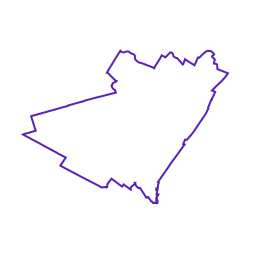 Jilava, Ilfov, Romania, rotated 174°
{"feature_id": "2599482B22366315272934", "entity_name": "Jilava", "entity_type": "district", "adm_level": 2, "iso_a3": "ROU", "parent_name": "Romania", "parent_adm1": "Ilfov", "projection": "robinson", "projection_center": [26.086, 44.34], "detail": "fine", "context": "isolated", "style": "outline", "palette": "violet", "viewbox_px": 256, "rotation_deg": 174, "n_neighbors": 0, "source": "geoboundaries", "source_scale": "gbopen_adm2", "svg_char_len": 4648}
<svg xmlns="http://www.w3.org/2000/svg" viewBox="0 0 256 256"><g transform="rotate(174 128 128)"><path d="M222.9,150.0L223.0,149.6L222.9,148.9L222.9,148.5L221.6,142.5L220.4,136.4L220.1,134.9L221.1,134.8L225.0,134.0L226.8,133.7L228.8,133.4L231.4,133.0L232.0,132.8L232.3,132.7L233.0,132.5L229.7,130.1L228.5,129.4L226.9,128.3L225.6,127.3L225.3,127.1L222.5,125.3L217.8,122.1L212.4,118.3L204.3,112.8L201.5,110.9L199.0,109.1L193.0,105.1L199.2,97.6L195.1,94.8L181.1,85.4L178.1,83.4L163.5,73.8L160.3,71.6L156.4,71.7L155.7,71.7L155.7,71.4L155.7,71.2L155.1,71.4L154.9,71.5L154.8,72.4L154.5,73.6L154.4,73.8L154.2,74.3L154.0,74.7L153.9,74.8L153.6,75.3L153.2,75.7L149.6,79.3L149.0,78.7L141.6,71.8L139.9,70.4L138.2,72.3L136.1,70.4L132.0,66.6L131.7,66.4L131.3,68.8L128.9,70.5L128.3,70.9L127.8,71.0L127.4,71.3L127.3,71.6L127.2,72.1L127.2,72.3L127.1,72.9L126.5,73.0L126.4,73.5L126.3,73.1L126.6,71.9L126.2,70.2L126.0,69.7L124.0,67.2L123.5,67.1L123.3,67.1L123.2,67.2L122.5,67.3L122.2,66.8L120.5,63.6L117.1,57.0L116.3,57.3L116.1,57.3L115.7,57.3L115.7,57.0L115.2,57.2L113.0,53.5L112.7,52.6L112.0,52.2L111.6,52.1L110.8,50.7L110.6,50.7L108.9,50.6L106.6,50.3L106.4,51.2L106.2,52.2L107.1,52.5L106.9,52.6L106.6,53.7L107.3,53.9L107.3,54.1L107.0,54.8L106.9,54.7L106.6,55.6L107.0,55.7L106.7,56.4L106.4,56.3L106.1,57.1L106.4,57.2L106.1,58.3L105.0,58.1L104.7,58.8L106.5,59.3L106.3,59.9L105.9,61.4L105.7,61.8L105.3,63.0L105.9,63.1L105.9,63.3L106.5,63.6L106.1,64.9L105.7,64.6L105.2,64.3L105.0,64.2L104.9,64.4L104.9,64.6L103.7,69.2L103.4,70.4L103.2,70.5L103.9,71.1L100.9,74.5L99.1,76.7L97.9,78.0L92.6,84.1L87.8,89.9L87.7,89.9L83.4,94.6L78.7,99.8L73.5,105.7L74.8,106.2L72.4,110.5L70.6,110.1L67.2,113.5L67.0,113.4L63.6,116.9L60.2,120.9L60.2,121.0L56.3,125.6L56.2,125.8L55.4,126.7L54.7,127.5L53.1,129.4L51.8,130.9L50.2,132.8L49.9,133.1L48.4,135.3L45.9,139.2L46.3,139.8L44.5,143.1L42.7,146.4L42.6,146.5L42.1,147.1L42.4,147.1L42.3,147.3L41.9,147.9L41.4,148.5L40.7,149.4L40.6,149.6L40.1,150.4L38.4,153.3L37.5,154.8L40.4,156.4L40.6,156.5L36.3,160.0L30.5,164.5L28.9,165.8L26.8,167.7L26.0,168.4L25.2,169.3L24.0,170.7L22.9,172.0L32.9,177.2L32.8,178.9L32.8,179.5L32.8,179.8L32.8,180.1L32.8,180.9L32.8,181.3L32.9,182.0L33.4,182.4L33.9,182.6L35.1,182.9L35.9,183.2L35.9,183.3L35.8,183.5L35.4,184.5L35.1,185.6L34.6,186.7L34.6,186.9L34.6,187.4L34.8,187.5L35.1,187.9L35.4,188.2L35.8,188.7L36.3,189.2L36.8,189.7L36.9,189.9L36.9,190.3L36.9,190.6L36.6,190.8L36.1,191.2L35.1,191.8L34.7,192.1L34.6,192.3L34.8,192.5L35.6,193.8L36.1,194.5L36.6,195.0L37.5,195.6L38.2,195.9L39.6,196.2L40.7,196.4L41.3,196.2L41.9,196.1L42.6,195.8L43.4,195.3L44.3,194.7L44.7,194.3L45.7,193.7L47.0,192.8L47.9,191.9L48.8,191.3L49.3,190.9L49.7,190.6L50.2,190.3L50.5,190.4L50.9,190.7L51.0,190.8L51.1,190.7L52.7,187.9L54.4,185.0L55.1,183.7L55.3,183.4L55.7,183.7L56.1,184.1L57.0,184.7L59.4,186.6L60.3,187.3L62.0,188.7L63.9,190.1L64.2,190.4L64.6,189.5L65.4,187.8L66.0,186.5L66.4,185.8L66.9,185.4L67.9,186.9L68.8,188.2L70.3,190.3L70.7,190.8L71.3,191.6L71.9,192.5L72.1,192.5L72.3,192.5L72.5,192.6L73.1,192.8L73.3,192.9L73.6,193.1L73.8,193.2L74.1,193.4L74.4,193.7L74.5,193.7L74.8,194.1L75.2,194.6L75.2,194.8L75.3,195.0L75.4,195.5L75.6,196.6L75.6,196.9L75.8,197.2L75.9,197.3L76.0,197.4L76.1,197.6L76.3,197.8L76.5,198.0L76.8,198.3L77.0,198.5L77.5,198.8L78.1,198.7L82.2,195.4L83.2,194.5L83.6,194.4L83.9,194.7L86.8,196.8L89.3,193.2L89.7,192.8L91.3,190.6L92.3,189.4L93.6,187.8L94.9,186.2L95.6,184.7L96.4,185.2L97.5,185.9L98.4,186.4L99.2,186.8L100.0,187.3L100.8,187.6L101.7,188.0L102.6,188.5L103.1,188.8L103.9,189.3L104.8,189.6L105.6,190.1L107.2,190.8L108.5,191.4L110.1,192.0L110.8,192.5L111.4,193.0L112.1,193.6L112.5,194.1L113.2,194.9L113.6,195.4L113.8,196.5L113.7,197.6L113.7,198.5L113.8,199.6L114.0,200.1L114.3,200.4L114.7,200.7L115.2,201.0L116.3,201.5L117.1,202.0L117.7,202.3L118.6,203.0L119.0,203.6L119.6,204.0L120.8,204.2L122.0,204.2L123.0,203.8L123.2,203.7L124.1,203.6L125.1,203.8L125.9,204.1L126.8,204.5L127.1,205.1L127.5,205.6L129.3,203.5L131.7,200.3L131.9,200.0L132.1,199.9L135.5,195.4L136.1,194.6L138.1,192.0L141.8,187.2L143.0,185.4L143.2,185.1L142.4,184.7L142.1,184.5L141.8,184.2L141.2,183.6L139.6,181.5L136.1,177.2L135.5,176.6L134.8,176.1L134.4,175.9L134.5,175.7L135.1,175.4L135.6,175.1L136.7,174.8L137.9,174.5L139.2,173.0L139.4,172.7L139.2,172.4L140.0,171.5L139.8,171.0L139.1,169.2L138.1,168.0L137.6,167.5L137.3,167.0L136.9,167.0L136.4,164.4L140.1,163.9L148.2,162.7L154.3,161.9L167.6,159.8L168.4,159.7L169.0,159.3L172.5,158.8L177.8,157.9L181.4,157.3L184.9,156.7L184.9,156.4L187.4,155.9L190.3,155.5L190.8,155.4L198.8,154.0L203.8,153.2L208.9,152.3L222.5,150.0L222.9,150.0Z" fill="none" stroke="#5b21b6" stroke-width="2"/></g></svg>